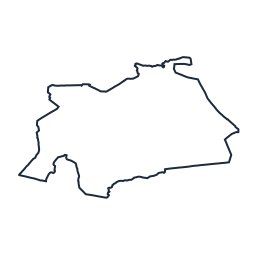 Pureņu pag., Ludzas, Latvia, rotated 178°
{"feature_id": "27541924B20679895578049", "entity_name": "Pureņu pag.", "entity_type": "district", "adm_level": 2, "iso_a3": "LVA", "parent_name": "Latvia", "parent_adm1": "Ludzas", "projection": "natural_earth1", "projection_center": [27.639, 56.462], "detail": "fine", "context": "isolated", "style": "outline", "palette": "slate", "viewbox_px": 256, "rotation_deg": 178, "n_neighbors": 0, "source": "geoboundaries", "source_scale": "gbopen_adm2", "svg_char_len": 5474}
<svg xmlns="http://www.w3.org/2000/svg" viewBox="0 0 256 256"><g transform="rotate(178 128 128)"><path d="M116.8,192.2L117.7,192.1L118.4,191.7L118.3,191.2L118.1,190.9L118.4,190.5L119.0,190.1L119.1,189.9L119.0,189.7L118.5,189.4L118.1,189.1L117.7,188.6L117.3,188.4L117.0,188.1L116.7,187.7L116.4,187.2L116.5,186.6L116.8,186.1L117.2,185.3L117.1,185.0L117.0,184.8L116.7,184.7L116.5,182.7L115.3,181.7L115.5,181.1L116.1,179.8L116.2,179.4L120.9,177.2L122.7,177.1L123.7,177.1L125.1,177.2L125.7,177.3L126.3,177.3L126.6,177.3L127.1,177.2L128.1,176.8L128.2,176.7L129.1,176.1L129.4,175.9L130.0,175.6L129.9,175.5L133.2,173.5L135.1,172.2L139.6,169.9L143.3,167.8L148.0,165.3L149.0,165.0L149.7,165.3L151.9,165.4L154.2,165.6L156.1,166.8L158.6,168.1L159.7,168.8L160.4,169.0L165.3,171.6L165.3,171.8L164.7,172.6L165.7,173.0L169.2,173.2L171.8,173.3L171.9,173.2L172.1,172.9L172.7,172.1L172.8,172.0L172.9,171.9L173.6,172.5L185.2,172.6L188.0,172.7L191.0,172.6L192.7,172.8L193.6,172.7L193.8,172.7L197.7,172.7L199.4,172.9L202.1,173.7L206.3,171.6L206.3,170.7L206.5,169.7L206.8,167.1L206.8,166.4L204.4,164.4L204.8,163.6L205.2,162.9L205.5,162.0L205.6,161.8L204.8,161.1L204.7,161.0L204.8,160.8L205.6,159.3L205.6,159.2L203.2,157.1L202.0,156.2L199.7,154.3L196.8,151.9L196.6,151.7L198.2,149.7L201.8,147.7L204.2,146.5L214.8,140.6L218.4,138.3L218.9,134.4L218.8,133.7L217.6,132.3L217.0,128.6L219.4,126.7L219.1,124.3L218.8,123.7L218.8,123.1L219.0,121.7L218.9,121.7L218.7,121.2L218.3,119.8L218.3,118.9L217.8,116.4L218.0,115.2L217.6,110.5L217.6,108.9L218.4,106.4L220.3,104.4L221.8,101.4L223.7,100.5L226.0,98.1L229.5,94.2L231.0,93.0L232.5,91.2L235.2,88.4L236.2,87.3L237.8,85.9L238.3,85.3L238.3,84.7L231.5,83.0L227.9,81.9L223.0,80.7L222.5,80.5L218.7,79.2L217.4,78.6L215.9,78.6L211.8,77.6L211.5,79.7L211.3,80.1L209.2,84.0L208.7,84.7L208.4,85.1L207.5,86.0L206.7,86.3L205.6,86.3L204.5,85.7L204.2,85.6L203.9,85.7L203.6,85.9L203.0,86.5L202.8,86.9L202.6,87.1L202.5,87.4L202.5,87.7L203.0,88.5L203.0,88.8L202.8,89.1L202.6,90.3L202.2,92.3L202.2,92.5L203.1,93.3L203.5,93.9L203.8,94.5L203.7,94.9L203.0,96.5L201.9,97.9L200.4,99.6L199.0,101.0L198.9,101.2L198.6,101.3L197.9,101.4L195.7,101.8L195.1,102.1L193.3,102.3L193.0,102.4L192.9,102.7L192.7,102.9L192.3,103.3L191.1,103.2L190.3,102.9L190.9,100.5L190.2,99.0L188.9,98.3L187.7,98.0L185.7,97.2L184.7,96.6L183.0,95.6L181.4,94.4L181.3,93.6L181.0,92.7L181.0,91.9L180.5,89.8L180.1,89.4L180.0,87.0L178.6,82.0L178.6,81.2L178.6,80.9L179.2,79.7L179.7,76.8L179.3,76.2L179.3,75.1L179.3,74.0L178.7,70.0L178.4,69.7L177.7,68.9L175.7,66.8L172.5,63.3L165.6,62.0L160.8,60.9L152.3,59.1L152.0,59.2L150.9,59.5L150.4,60.3L149.4,61.5L149.7,62.0L150.0,62.2L150.2,62.4L150.6,62.6L150.6,63.0L150.3,63.4L150.2,64.1L150.0,64.3L149.8,64.6L148.9,64.8L148.8,65.0L149.0,65.1L149.4,65.5L149.5,65.9L149.4,66.3L149.4,66.8L149.5,67.4L149.9,68.2L149.9,68.5L149.6,68.7L149.2,68.9L148.2,69.0L147.4,68.9L147.2,68.9L146.9,69.1L146.7,69.2L146.5,69.4L146.2,69.5L145.9,69.9L145.6,71.3L145.5,71.5L144.8,71.8L144.7,71.9L144.6,72.1L144.4,72.2L144.2,72.6L143.8,72.9L143.1,73.0L142.5,73.3L142.1,73.6L141.7,73.9L141.6,74.2L140.4,74.7L139.2,75.2L138.3,75.4L137.5,75.5L136.0,75.4L135.4,75.3L134.3,75.3L134.1,75.4L133.6,75.7L133.2,75.8L132.5,75.8L130.3,75.6L128.9,76.1L127.7,76.2L126.8,76.1L126.4,76.2L125.3,76.8L124.9,77.1L123.8,78.1L123.2,78.1L122.9,78.3L122.7,78.3L121.3,78.5L120.7,78.7L119.9,78.9L119.2,79.0L118.8,79.0L118.1,78.9L116.6,78.6L116.1,78.5L115.8,78.3L115.7,78.2L110.4,77.2L107.8,78.8L103.5,79.4L102.7,79.7L101.1,80.2L100.9,80.3L99.1,81.9L98.9,82.0L95.1,82.6L94.7,82.5L94.0,82.3L93.9,82.2L93.7,82.0L93.4,82.0L93.0,82.5L92.9,82.6L92.7,82.8L92.8,82.9L92.7,83.0L92.6,83.7L92.5,84.5L92.4,84.6L92.4,85.5L86.5,86.1L83.0,86.3L78.0,86.7L75.4,86.8L68.5,87.3L64.7,87.8L63.1,87.9L59.5,88.1L55.0,88.5L53.9,88.5L42.0,89.3L39.3,89.4L35.6,89.7L32.7,89.8L28.3,90.2L27.0,93.8L26.2,96.2L25.8,97.3L25.8,97.8L27.1,101.1L27.4,102.0L27.9,103.2L28.2,104.1L29.0,106.1L30.6,110.6L31.3,112.2L31.6,113.0L30.1,114.2L30.1,114.3L24.6,118.4L20.1,120.1L17.9,120.0L17.7,122.7L17.9,123.1L18.1,123.2L20.5,125.2L20.5,125.4L20.9,126.3L25.7,130.8L28.1,133.2L28.4,133.1L28.9,133.5L32.5,136.6L33.5,137.8L34.9,139.0L35.8,139.8L38.6,143.0L40.9,146.2L44.2,150.3L46.2,153.1L47.4,154.7L49.3,159.6L50.0,161.2L53.7,168.2L54.0,168.7L55.7,172.5L56.4,174.2L60.6,175.1L66.1,176.4L68.7,177.4L72.4,179.1L75.9,180.6L78.5,181.7L79.5,184.2L80.1,185.5L79.6,187.8L79.3,190.2L74.6,190.2L71.0,190.1L68.9,190.0L65.1,189.1L64.6,188.8L62.4,189.5L62.7,192.7L63.0,194.9L63.2,195.3L64.0,196.1L69.2,196.8L70.6,196.9L73.6,196.0L73.9,195.7L74.0,195.6L74.4,195.7L74.9,195.4L75.4,195.5L75.8,195.4L76.3,195.1L76.6,195.1L77.1,195.0L77.8,194.6L80.3,194.7L81.9,194.5L82.7,194.7L83.3,194.6L83.9,194.2L84.7,193.6L85.2,193.2L85.4,193.0L85.8,193.0L85.9,192.9L86.3,192.9L86.5,193.1L87.2,193.2L87.4,193.3L88.0,193.6L88.3,193.3L88.7,193.0L89.4,192.1L89.5,192.0L89.9,191.7L90.7,191.6L91.2,191.4L91.4,191.2L91.5,191.0L91.4,190.6L91.1,190.1L90.7,189.6L90.3,189.4L89.8,189.2L89.6,189.0L89.6,188.7L90.0,187.7L90.3,187.5L90.5,187.4L90.8,187.4L91.0,187.5L91.4,188.1L91.6,188.6L91.8,188.9L92.1,189.1L92.4,189.2L94.3,189.4L95.0,189.5L95.4,189.7L96.2,190.0L96.4,190.0L96.6,190.0L96.7,189.9L96.8,189.7L97.1,189.5L98.3,189.1L98.9,189.0L99.7,189.1L100.2,189.0L101.3,188.5L101.5,188.4L101.8,188.4L102.0,188.5L102.2,188.8L102.2,189.0L102.3,189.1L103.1,189.1L103.7,189.4L104.6,189.6L105.5,189.5L107.2,189.5L108.1,189.8L109.6,189.8L110.6,189.7L116.8,192.2Z" fill="none" stroke="#1e293b" stroke-width="2"/></g></svg>